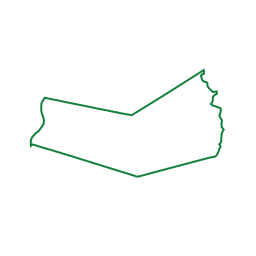 Milagres do Maranhão, Maranhão, Brazil, rotated 156°
{"feature_id": "56859067B37055437356595", "entity_name": "Milagres do Maranhão", "entity_type": "district", "adm_level": 2, "iso_a3": "BRA", "parent_name": "Brazil", "parent_adm1": "Maranhão", "projection": "robinson", "projection_center": [-42.846, -3.51], "detail": "fine", "context": "isolated", "style": "outline", "palette": "green", "viewbox_px": 256, "rotation_deg": 156, "n_neighbors": 0, "source": "geoboundaries", "source_scale": "gbopen_adm2", "svg_char_len": 1316}
<svg xmlns="http://www.w3.org/2000/svg" viewBox="0 0 256 256"><g transform="rotate(156 128 128)"><path d="M35.3,150.1L80.1,143.5L119.2,138.2L126.4,142.9L151.5,160.7L158.1,165.5L172.7,175.8L181.4,182.1L191.8,189.5L196.9,185.9L198.3,183.4L199.0,181.6L200.0,179.6L200.6,177.4L201.3,170.3L201.8,168.8L203.6,165.9L205.5,164.6L207.4,163.6L210.0,161.9L211.3,161.4L214.2,160.8L217.3,159.5L219.1,158.7L220.9,157.3L221.7,156.3L223.2,153.2L223.9,151.2L221.7,151.7L212.9,143.9L210.0,141.6L192.8,126.7L185.7,120.5L183.9,118.8L182.1,117.3L160.1,98.0L154.1,92.7L140.6,80.9L139.4,79.8L137.4,79.3L109.1,74.8L105.4,74.2L92.9,72.2L65.9,67.8L61.3,66.7L60.0,66.5L58.6,66.8L57.1,67.8L55.7,69.0L54.1,70.5L52.5,72.2L51.4,73.0L50.8,74.5L51.3,75.9L49.6,76.7L47.9,78.4L47.4,79.8L46.6,81.4L45.0,84.3L43.2,86.1L41.2,87.7L41.7,89.4L42.0,90.9L41.5,92.3L41.0,93.7L40.0,95.0L39.2,96.5L39.2,98.3L39.4,99.9L39.5,102.2L37.8,103.9L36.0,106.4L35.4,108.4L36.5,109.5L37.7,110.6L38.9,111.9L40.5,113.3L41.8,114.5L42.5,116.2L40.6,117.2L39.5,118.5L38.6,120.3L37.6,122.0L36.0,122.7L34.4,123.0L32.8,123.2L32.1,125.3L34.0,125.9L35.4,126.1L36.7,128.3L37.5,130.3L38.4,133.6L37.9,135.2L37.2,136.7L37.9,138.3L39.3,139.1L40.4,140.6L40.7,142.4L40.3,144.1L40.3,145.8L38.7,147.0L37.0,146.4L35.6,148.5L35.3,150.1Z" fill="none" stroke="#15803d" stroke-width="2"/></g></svg>